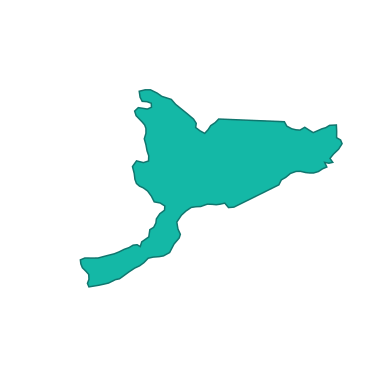 Inhacorá, Rio Grande do Sul, Brazil (Mercator projection), rotated 34°
{"feature_id": "56859067B41565206022280", "entity_name": "Inhacorá", "entity_type": "district", "adm_level": 2, "iso_a3": "BRA", "parent_name": "Brazil", "parent_adm1": "Rio Grande do Sul", "projection": "mercator", "projection_center": [-54.038, -27.922], "detail": "fine", "context": "isolated", "style": "filled", "palette": "teal", "viewbox_px": 384, "rotation_deg": 34, "n_neighbors": 0, "source": "geoboundaries", "source_scale": "gbopen_adm2", "svg_char_len": 1892}
<svg xmlns="http://www.w3.org/2000/svg" viewBox="0 0 384 384"><g transform="rotate(34 192 192)"><path d="M91.9,138.0L96.0,142.5L100.0,144.7L104.2,142.3L108.6,141.2L111.0,144.4L108.6,148.2L104.9,149.9L100.3,152.1L99.2,157.0L103.0,160.0L111.5,161.8L115.3,162.9L118.3,165.1L121.0,169.1L122.7,174.6L127.3,178.5L131.7,183.0L135.9,186.2L138.6,190.6L135.3,194.8L128.6,197.2L128.4,204.2L133.7,208.9L137.6,213.4L141.2,216.0L145.2,216.5L149.2,215.8L154.6,216.0L160.7,218.2L166.2,221.3L171.8,218.9L177.3,218.8L179.4,222.5L177.5,227.9L177.5,234.2L179.4,237.9L180.0,242.7L178.1,246.8L181.3,253.4L178.2,261.4L179.6,266.2L176.0,266.4L172.9,269.0L170.9,273.3L167.8,277.5L165.1,282.3L162.2,286.6L158.0,291.3L153.6,296.3L151.0,299.3L145.6,303.0L140.1,306.6L137.4,310.7L140.1,313.8L143.5,316.1L148.7,317.1L152.5,318.1L155.4,322.0L156.4,326.2L159.6,328.3L166.8,321.5L170.9,317.2L173.7,314.2L177.5,307.5L180.4,304.5L181.9,300.5L184.4,293.5L187.0,287.2L189.8,282.6L191.6,277.6L192.7,271.4L196.2,267.7L201.0,263.9L204.1,260.9L207.3,254.7L206.2,245.2L207.1,237.3L206.0,233.6L201.0,230.5L196.2,225.4L196.2,217.1L197.6,211.2L200.0,205.2L203.5,202.0L207.3,199.2L211.5,193.5L215.7,190.9L219.2,189.0L222.0,186.5L225.4,182.9L231.0,184.5L235.2,181.1L260.0,137.5L259.3,132.0L261.6,127.2L263.2,121.6L266.7,116.8L270.4,114.2L275.4,112.3L279.1,110.3L282.2,108.2L285.4,104.3L287.3,99.7L289.8,95.9L285.4,93.3L289.4,91.6L292.1,88.7L287.6,87.0L288.1,81.4L289.6,74.5L289.4,68.0L286.1,65.8L281.5,66.1L278.0,60.8L274.2,55.7L268.8,59.8L266.9,63.9L264.4,66.9L262.1,70.6L259.3,75.0L254.9,75.2L249.3,75.3L246.9,80.3L243.4,82.3L239.4,83.8L233.8,84.4L229.3,82.1L173.3,116.6L172.4,121.6L170.4,126.5L170.5,131.3L169.7,136.3L164.5,136.8L159.0,136.5L157.1,132.7L152.5,130.7L144.3,129.8L129.4,128.5L123.1,126.8L117.9,128.3L113.5,129.6L107.8,129.5L100.4,130.5L96.0,133.5L91.9,138.0Z" fill="#14b8a6" stroke="#0f766e" stroke-width="1.5"/></g></svg>